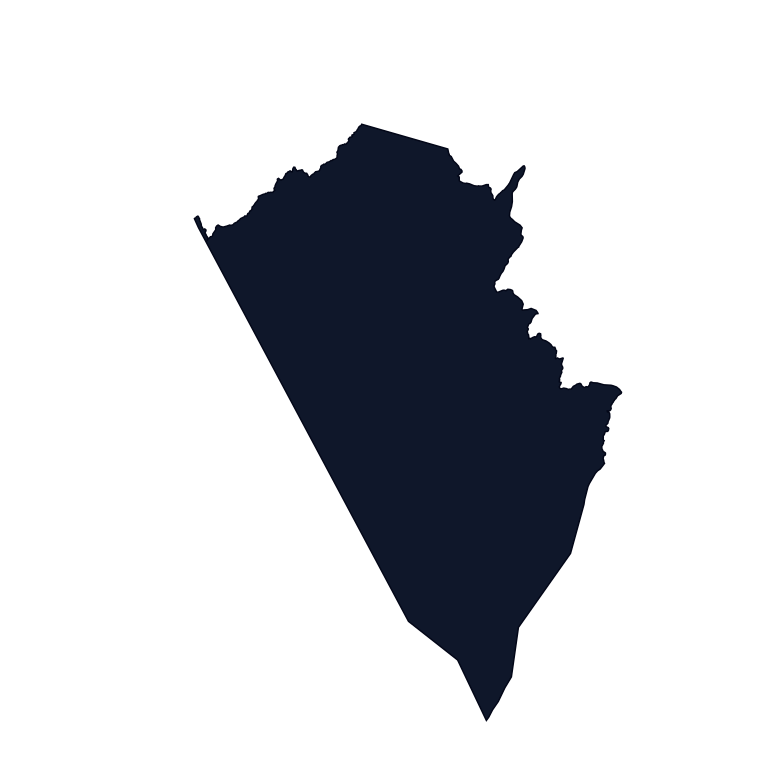 Vinchina, La Rioja, Argentina, rotated 26°
{"feature_id": "61730980B36020479947957", "entity_name": "Vinchina", "entity_type": "district", "adm_level": 2, "iso_a3": "ARG", "parent_name": "Argentina", "parent_adm1": "La Rioja", "projection": "equal_earth", "projection_center": [-68.898, -28.359], "detail": "fine", "context": "isolated", "style": "filled", "palette": "ink", "viewbox_px": 768, "rotation_deg": 26, "n_neighbors": 0, "source": "geoboundaries", "source_scale": "gbopen_adm2", "svg_char_len": 6170}
<svg xmlns="http://www.w3.org/2000/svg" viewBox="0 0 768 768"><g transform="rotate(26 384 384)"><path d="M250.1,160.3L250.1,162.0L249.4,162.5L248.7,164.3L248.8,165.8L248.5,167.5L248.6,168.2L248.2,169.7L246.9,171.3L247.6,172.6L246.1,174.4L246.3,174.8L246.9,175.1L247.1,175.5L246.0,176.7L245.3,177.0L245.1,177.5L245.1,178.1L244.6,178.9L244.8,179.8L245.4,180.2L246.0,181.0L245.6,181.7L245.6,183.2L244.7,184.3L244.8,185.0L244.1,185.6L243.3,185.6L242.9,186.5L242.4,187.0L241.8,187.1L240.7,188.6L240.3,188.6L239.7,189.5L239.6,190.4L239.3,190.9L239.3,191.4L239.8,192.3L239.7,193.0L240.3,193.8L240.1,196.3L241.3,197.5L241.8,199.5L242.4,200.7L242.5,201.4L241.8,202.8L241.5,203.4L239.8,204.7L239.5,205.8L238.4,206.4L238.1,207.2L236.9,208.8L235.7,209.7L234.7,212.6L233.9,212.6L233.5,212.8L233.2,213.8L232.6,214.2L232.2,214.9L231.8,216.0L232.4,217.3L232.4,220.7L231.7,221.6L229.5,223.2L228.8,225.3L228.8,226.2L228.0,226.7L227.0,228.8L227.2,230.1L226.9,230.6L224.8,230.6L223.9,229.6L222.1,228.5L220.6,229.2L219.2,229.0L218.3,228.6L216.9,227.4L215.8,227.8L215.0,228.9L214.4,229.0L212.6,230.6L211.8,230.5L211.2,229.9L210.7,229.9L208.9,228.3L207.9,228.6L207.7,229.9L207.8,230.9L208.3,231.7L208.2,232.5L208.5,233.4L207.5,234.0L206.2,233.6L205.7,234.2L205.5,234.9L204.8,235.3L204.4,236.5L204.5,237.3L203.6,237.9L203.8,240.1L203.5,242.3L203.7,243.7L202.2,245.7L201.2,246.0L199.1,245.4L198.4,246.4L198.6,247.2L199.3,247.8L199.1,251.7L199.2,253.4L199.7,254.4L199.5,254.9L199.4,256.3L199.7,256.9L201.0,257.9L200.2,259.4L200.2,260.5L198.0,261.4L196.7,262.4L195.9,262.5L195.2,264.0L193.9,264.7L193.5,265.7L192.4,266.3L190.0,269.2L188.9,270.3L188.9,270.8L189.7,271.9L190.2,273.3L189.7,274.3L189.8,275.6L189.3,276.6L188.9,278.4L189.0,279.7L188.6,280.4L188.5,281.7L187.9,282.7L188.7,285.0L188.3,286.6L187.7,287.2L187.7,289.0L188.0,289.7L187.4,289.9L186.9,290.5L187.1,293.1L186.6,293.5L185.3,293.9L185.1,295.0L182.6,298.2L182.1,300.0L181.2,301.6L181.1,302.6L179.0,305.2L178.5,307.1L176.9,308.5L175.6,308.8L173.6,310.9L170.6,313.5L167.7,314.1L165.4,313.8L165.0,314.1L164.3,315.5L164.2,317.4L164.9,318.6L165.1,319.3L164.4,324.0L164.9,325.5L164.9,326.3L164.7,326.8L163.4,327.8L163.2,329.1L162.4,330.0L162.4,331.3L162.2,331.9L161.6,330.1L160.8,329.3L159.6,328.7L158.3,327.5L156.9,326.9L156.8,324.3L156.3,323.5L154.9,323.2L154.3,324.2L153.7,324.3L151.8,322.7L151.1,322.7L149.5,320.3L146.3,317.3L145.6,316.1L144.8,315.8L144.1,315.1L143.2,314.7L142.9,314.9L142.1,316.1L142.1,317.1L141.3,317.9L141.1,318.5L148.7,324.8L510.1,586.6L571.2,599.8L623.5,641.5L624.2,637.6L624.4,629.2L625.9,619.2L625.8,604.0L626.9,591.4L611.5,543.8L625.9,454.5L616.5,404.6L615.0,399.9L612.3,386.8L612.2,383.4L613.1,371.6L614.0,368.4L615.6,365.6L617.0,358.7L616.0,357.9L614.9,356.3L613.6,354.9L613.0,352.4L614.0,350.8L613.7,349.7L613.2,348.9L611.8,348.6L610.6,348.8L609.8,347.8L608.5,347.0L607.1,344.8L607.2,341.1L606.7,340.1L606.7,338.4L605.9,338.4L605.0,337.1L604.7,336.2L604.1,335.3L603.9,334.5L604.1,332.5L603.7,329.8L605.8,328.5L606.0,327.3L605.7,326.2L605.5,325.5L604.6,324.9L602.8,325.0L601.8,324.7L601.6,323.8L602.4,321.0L601.9,319.6L601.7,315.6L601.4,314.7L600.0,312.0L599.6,311.5L598.9,311.0L596.9,311.0L596.5,310.3L597.8,310.0L598.8,308.7L599.0,308.0L599.0,306.6L597.8,304.9L597.6,304.3L597.4,303.1L597.7,302.6L597.6,300.9L597.9,300.3L598.0,298.2L598.2,297.7L598.2,296.8L598.8,295.5L599.1,292.2L601.3,288.5L601.1,287.3L598.5,286.0L598.3,285.7L594.3,284.8L590.5,285.2L588.6,285.6L582.1,288.3L575.2,289.6L571.7,291.1L569.2,291.5L568.6,292.7L569.1,294.3L568.8,296.9L568.5,297.3L566.8,297.8L566.1,298.9L565.2,299.4L562.8,299.0L561.0,297.6L559.8,297.5L557.4,299.6L556.8,301.0L555.2,303.1L554.5,306.5L552.6,307.5L552.0,308.2L550.2,308.1L547.3,308.9L545.3,310.8L543.9,310.8L542.8,309.8L542.7,307.4L542.9,306.7L542.7,305.3L542.5,305.0L540.8,305.3L540.4,304.7L540.1,303.3L539.3,302.3L539.1,301.5L539.2,299.7L538.8,298.5L538.7,295.5L538.3,295.1L537.5,293.8L537.9,291.9L537.3,290.6L535.6,289.3L534.7,288.2L533.8,282.4L533.5,282.2L533.1,282.4L530.8,284.6L528.4,284.6L527.4,286.0L526.9,285.9L526.3,283.7L525.4,281.9L525.4,281.0L524.6,278.6L522.9,277.8L522.6,277.1L521.4,276.1L520.0,276.8L518.9,276.7L516.8,275.4L514.2,274.7L510.7,274.3L507.0,274.8L506.2,274.6L504.6,273.6L504.1,272.9L503.7,271.7L502.7,270.2L501.3,270.4L500.5,271.2L500.3,272.1L500.4,273.5L500.0,275.1L498.7,275.5L497.6,276.6L495.7,279.4L495.0,279.0L494.5,279.1L494.2,279.7L493.7,279.1L493.4,278.1L492.3,276.4L491.6,276.2L489.7,274.0L489.7,271.9L489.5,271.2L488.3,270.6L488.0,269.2L487.8,266.8L488.0,266.2L488.6,265.6L489.0,264.0L488.4,260.2L489.5,254.7L491.5,253.2L490.8,252.5L488.4,251.2L483.1,251.6L480.7,254.1L476.0,256.9L475.2,256.4L474.1,251.2L471.3,248.8L466.0,247.2L461.7,246.7L460.1,245.7L458.8,243.9L458.0,243.6L456.3,243.7L453.7,244.6L452.7,246.7L450.9,247.0L449.8,247.6L446.4,251.4L445.0,252.0L441.1,249.0L439.9,247.8L439.8,245.4L438.8,243.8L438.7,243.1L439.5,241.5L440.8,239.8L441.0,238.7L440.8,235.8L440.9,233.1L441.5,230.7L441.5,228.2L441.0,224.7L442.2,221.4L442.2,220.6L442.1,219.6L441.0,217.8L440.9,216.9L441.4,214.8L442.1,213.7L441.9,211.7L442.4,208.8L444.4,202.7L445.0,201.8L444.8,200.9L445.4,195.8L445.0,191.7L444.1,190.6L442.0,190.1L441.2,189.0L440.0,185.4L439.7,183.1L436.7,181.6L430.3,180.9L427.2,179.8L425.5,179.5L423.5,178.4L423.0,177.7L421.7,174.4L420.9,168.7L419.4,163.8L415.7,156.6L415.4,154.9L416.6,151.3L416.9,149.1L416.8,148.1L415.7,143.9L415.8,140.4L417.0,136.9L417.2,134.4L416.3,128.6L415.5,127.3L414.4,126.5L413.6,127.0L410.6,134.7L408.9,136.7L408.7,138.8L408.8,148.5L408.5,149.8L408.5,150.6L407.0,156.8L405.8,158.4L405.5,159.8L404.9,160.9L404.9,161.5L403.9,163.2L403.4,165.1L403.1,166.6L403.2,169.5L402.8,170.3L401.1,169.9L400.4,169.1L399.2,167.0L396.2,165.1L395.2,163.5L394.8,161.9L393.7,161.2L392.1,161.2L391.3,160.7L390.3,159.1L388.5,160.0L385.3,163.2L383.0,164.3L382.2,164.4L381.9,164.8L380.8,165.4L378.1,166.3L373.2,166.6L370.2,167.3L369.2,168.1L366.9,168.7L363.0,168.5L362.3,167.9L360.9,165.0L359.0,164.7L361.2,159.4L360.7,158.3L359.1,157.4L357.6,157.5L355.4,155.5L352.0,154.1L348.9,153.2L344.7,150.1L342.4,149.8L341.9,148.9L341.1,148.4L338.3,144.8L250.1,160.3Z" fill="#0f172a" stroke="#020617" stroke-width="1.5"/></g></svg>